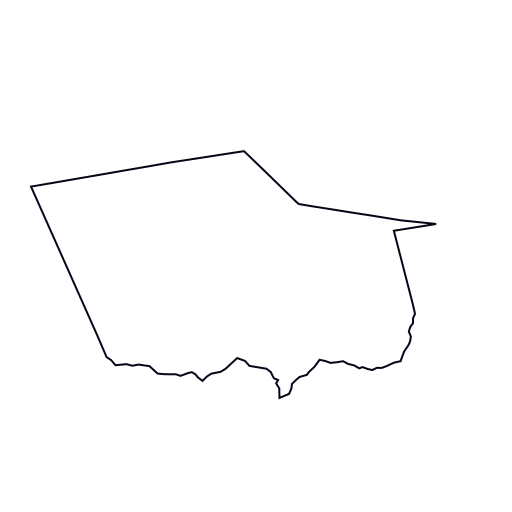 the district of Jardim, Ceará, Brazil, rotated 336°
{"feature_id": "56859067B26521088745212", "entity_name": "Jardim", "entity_type": "district", "adm_level": 2, "iso_a3": "BRA", "parent_name": "Brazil", "parent_adm1": "Ceará", "projection": "albers", "projection_center": [-39.229, -7.588], "detail": "fine", "context": "isolated", "style": "outline", "palette": "ink", "viewbox_px": 512, "rotation_deg": 336, "n_neighbors": 0, "source": "geoboundaries", "source_scale": "gbopen_adm2", "svg_char_len": 1211}
<svg xmlns="http://www.w3.org/2000/svg" viewBox="0 0 512 512"><g transform="rotate(336 256 256)"><path d="M78.4,287.5L81.4,292.4L83.2,298.6L89.1,300.6L93.6,302.1L98.5,306.0L104.5,307.4L113.9,313.3L118.3,323.4L124.4,326.8L134.7,331.5L138.3,334.8L146.1,335.3L150.1,336.0L152.6,339.6L153.5,343.1L156.3,348.3L162.2,346.1L167.4,345.3L176.5,347.4L182.1,346.7L197.3,341.6L203.3,347.4L205.3,353.7L219.8,363.3L222.3,368.1L222.6,375.0L225.7,378.2L222.6,380.6L223.4,386.4L219.7,395.2L230.1,395.4L234.5,391.4L236.8,387.5L242.2,385.5L246.6,384.2L254.1,385.3L257.4,383.4L264.1,381.1L271.9,376.7L276.3,379.9L280.7,384.0L286.5,385.9L292.7,387.5L296.2,392.0L301.2,395.9L304.6,400.6L308.1,400.8L311.9,404.5L315.9,407.5L320.8,407.3L325.5,409.4L330.8,409.7L335.0,409.6L338.9,409.6L345.3,410.9L349.1,406.9L352.5,403.5L355.4,401.7L359.2,399.3L362.2,396.5L364.7,392.6L364.9,387.2L368.0,383.6L372.1,381.2L374.3,376.5L377.6,373.7L378.5,370.0L380.0,361.7L392.2,289.0L433.6,300.0L402.8,282.3L394.4,276.8L377.1,265.5L360.6,254.9L326.9,233.0L316.2,225.9L314.7,222.6L298.3,181.5L287.7,155.4L281.8,153.7L217.9,136.3L123.3,112.4L78.7,101.1L78.7,140.7L78.7,234.9L78.7,262.5L78.4,287.5Z" fill="none" stroke="#020617" stroke-width="2"/></g></svg>